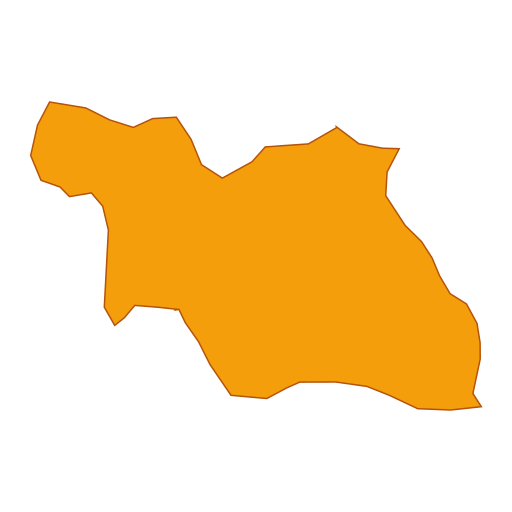 the district of Köping, Västmanland, Sweden
{"feature_id": "70781695B79048986379567", "entity_name": "Köping", "entity_type": "district", "adm_level": 2, "iso_a3": "SWE", "parent_name": "Sweden", "parent_adm1": "Västmanland", "projection": "orthographic", "projection_center": [15.893, 59.597], "detail": "fine", "context": "isolated", "style": "filled", "palette": "amber", "viewbox_px": 512, "rotation_deg": 0, "n_neighbors": 0, "source": "geoboundaries", "source_scale": "gbopen_adm2", "svg_char_len": 844}
<svg xmlns="http://www.w3.org/2000/svg" viewBox="0 0 512 512"><path d="M176.0,309.9L178.9,309.4L185.3,322.7L198.6,341.8L210.1,364.7L231.0,395.3L251.8,397.2L266.9,398.5L286.3,388.1L299.7,382.1L335.5,382.0L366.9,386.4L389.3,395.3L417.7,408.7L450.6,410.0L481.3,406.7L472.9,393.5L480.2,359.1L480.1,342.7L477.0,323.4L466.5,304.0L450.1,293.7L439.6,275.9L432.1,258.0L421.6,241.7L405.1,225.4L385.7,195.7L387.1,172.0L399.2,148.7L382.6,148.2L358.9,143.8L336.4,126.8L336.6,127.6L308.4,143.9L265.3,146.9L252.0,161.8L222.3,178.1L201.5,164.7L191.1,139.4L176.3,117.2L152.6,118.6L133.3,127.4L109.6,119.9L85.9,108.0L49.6,102.0L37.5,125.1L30.7,155.5L41.0,180.3L60.0,187.0L69.5,196.6L91.4,192.9L102.7,206.2L108.4,230.0L104.3,307.2L114.7,325.4L124.3,317.8L134.8,305.4L159.6,307.4L176.7,309.3L176.0,309.9Z" fill="#f59e0b" stroke="#b45309" stroke-width="1.5"/></svg>